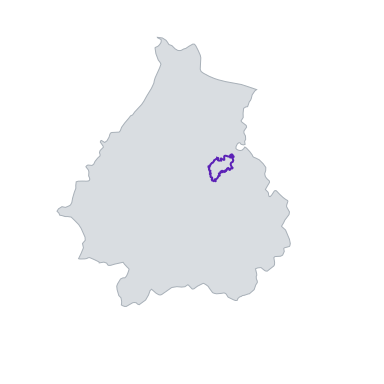 Valozhyn, Minsk, Belarus shown in context, rotated 117°
{"feature_id": "67162791B19881563690612", "entity_name": "Valozhyn", "entity_type": "district", "adm_level": 2, "iso_a3": "BLR", "parent_name": "Belarus", "parent_adm1": "Minsk", "projection": "orthographic", "projection_center": [26.67, 54.05], "detail": "fine", "context": "in_parent", "style": "outline", "palette": "violet", "viewbox_px": 384, "rotation_deg": 117, "n_neighbors": 0, "source": "geoboundaries", "source_scale": "gbopen_adm2", "svg_char_len": 8432}
<svg xmlns="http://www.w3.org/2000/svg" viewBox="0 0 384 384"><g transform="rotate(117 192 192)"><path d="M302.9,262.8L297.5,262.9L291.0,263.4L287.6,266.2L283.5,265.2L280.8,266.8L274.8,274.2L272.5,278.1L270.5,284.0L269.2,288.3L270.2,291.3L271.5,294.0L272.0,297.0L272.7,299.3L271.2,301.1L270.4,303.6L267.6,303.3L264.1,301.2L263.2,297.8L260.5,295.5L258.8,294.4L256.0,294.3L251.6,295.6L245.8,296.7L241.4,297.2L239.0,298.5L235.5,299.8L234.1,298.4L232.0,294.6L230.2,290.8L229.1,289.2L228.1,288.7L226.9,288.9L225.6,290.1L224.6,291.4L220.9,293.0L219.4,294.4L217.7,298.0L216.5,297.8L215.2,297.0L213.7,293.1L211.8,292.2L208.7,292.3L204.8,291.5L201.7,290.4L200.6,290.7L198.8,292.4L196.8,292.7L192.4,291.3L191.5,292.0L189.1,296.4L187.9,296.6L187.2,296.1L187.5,292.3L185.0,291.0L180.7,290.8L177.7,291.4L176.2,291.2L175.4,290.5L171.7,284.1L169.8,283.7L166.3,284.1L161.1,283.3L155.2,281.9L152.0,281.3L150.3,279.9L146.7,279.4L136.9,276.6L132.9,276.1L127.1,275.9L118.1,275.2L112.4,275.4L109.7,276.2L106.7,276.7L96.0,277.2L92.2,277.7L91.1,279.1L89.7,282.0L85.2,286.9L80.8,290.1L80.0,290.4L77.6,288.5L75.5,287.8L73.1,287.5L71.3,288.0L70.2,288.8L70.2,292.8L69.9,293.1L68.2,288.3L68.6,284.1L69.7,281.8L71.1,279.6L70.7,276.4L72.1,272.1L72.3,269.0L71.8,267.6L70.8,266.0L68.2,264.2L67.0,262.8L63.4,260.8L59.8,258.4L59.2,257.0L59.5,256.1L60.2,254.7L63.2,250.6L66.4,246.7L68.4,245.1L78.9,240.4L80.5,238.6L81.0,235.5L81.1,229.3L80.7,223.6L80.1,219.7L78.4,212.2L73.8,196.8L71.4,180.9L73.4,181.9L78.1,182.5L82.0,181.6L83.9,181.5L85.6,181.9L90.7,181.2L91.8,182.7L94.0,184.0L98.5,182.3L102.4,180.2L106.4,180.6L107.0,179.5L108.1,173.9L109.4,172.8L114.1,173.4L115.9,172.5L117.8,169.8L120.7,168.1L123.0,168.1L125.5,166.3L126.7,167.6L127.2,169.9L126.4,171.7L126.7,172.5L128.4,173.4L131.3,173.4L133.2,172.7L133.7,171.6L133.7,169.7L133.2,167.9L132.0,166.4L129.7,165.5L128.1,165.5L127.9,164.5L128.5,162.4L129.9,158.6L131.7,155.1L132.8,153.8L133.0,152.6L132.8,150.5L132.8,146.7L134.5,141.4L136.6,137.4L139.4,136.1L142.8,135.5L145.0,133.6L146.1,131.4L147.1,128.0L148.2,127.3L156.4,127.8L157.6,124.3L158.3,123.4L159.9,122.4L161.0,121.2L160.6,120.2L158.5,119.6L153.6,119.1L152.6,117.9L152.9,116.6L154.2,113.0L155.5,108.5L156.1,105.0L156.2,102.9L156.9,102.3L160.8,101.7L162.2,101.0L165.5,96.1L168.1,95.3L174.8,96.5L177.9,96.4L181.8,96.7L182.1,96.2L183.4,91.4L189.9,83.7L193.3,81.0L195.5,80.4L196.3,80.5L199.9,84.4L200.7,84.6L203.1,82.8L207.1,82.6L209.0,83.9L211.9,88.8L213.3,89.3L217.1,86.5L219.3,85.5L220.7,85.5L228.3,89.0L228.9,90.2L229.0,91.6L228.0,96.2L229.7,98.9L231.6,100.6L235.3,97.4L236.7,96.5L238.2,96.4L240.2,95.2L241.7,93.4L243.1,92.7L245.8,93.0L250.8,92.3L256.7,94.7L257.2,95.5L260.3,98.5L261.4,100.1L262.4,100.5L264.0,102.0L266.2,102.8L267.6,102.4L268.3,102.9L269.0,104.1L269.2,106.1L269.3,112.1L267.4,115.3L267.2,116.4L267.4,117.7L269.2,120.1L271.6,124.0L272.2,126.3L272.3,128.0L269.7,133.2L268.8,134.5L268.3,137.0L268.1,139.6L268.3,140.6L273.5,144.4L277.3,146.3L278.2,147.3L278.3,148.0L276.7,152.5L276.5,153.6L279.6,155.3L281.4,158.0L283.2,162.5L286.3,166.7L297.2,172.5L298.2,173.6L298.6,174.9L298.5,178.0L297.0,183.9L298.9,184.6L303.5,184.0L309.3,184.3L316.4,187.9L316.6,189.7L316.0,191.4L316.6,193.1L317.5,194.5L323.8,198.6L324.5,199.9L324.8,202.1L324.7,203.7L323.1,204.2L321.3,205.1L318.5,207.3L317.5,210.2L313.0,214.4L310.1,216.3L307.7,216.6L302.0,216.2L299.8,214.5L298.9,212.8L296.7,212.2L293.7,212.3L289.7,212.9L289.0,213.5L288.4,215.6L287.0,219.4L285.9,221.5L291.5,228.3L294.2,231.1L295.2,232.8L295.2,234.1L294.1,235.7L294.5,238.7L297.3,242.5L296.5,243.2L296.6,248.2L296.9,253.4L297.7,254.6L299.1,255.6L300.4,257.4L302.7,261.7L302.9,262.8Z" fill="#d9dde1" stroke="#a8b0b8" stroke-width="1"/><path d="M167.9,184.2L168.1,184.0L168.2,183.6L168.3,183.2L168.6,183.0L168.8,182.9L169.2,182.8L169.5,182.7L169.8,182.5L170.0,182.3L170.1,182.1L170.2,181.9L170.2,181.7L170.1,181.3L170.0,181.1L170.0,180.8L170.1,180.6L170.3,180.4L170.5,180.4L170.7,180.2L170.8,180.1L171.0,180.1L171.3,180.1L171.5,180.2L171.9,180.1L172.1,179.9L172.1,179.7L172.4,179.5L172.6,179.3L172.6,179.2L172.5,178.9L172.3,178.6L172.4,178.2L172.4,177.9L172.2,177.9L172.1,178.0L171.9,178.0L171.8,177.9L171.8,177.7L171.8,177.4L171.7,177.3L171.7,177.0L171.7,176.9L171.8,176.6L171.8,176.4L171.8,176.1L171.6,175.9L171.4,176.0L171.4,176.3L171.2,176.7L171.0,176.9L170.8,177.0L170.6,177.2L170.3,177.3L170.2,177.2L170.3,176.9L170.3,176.7L170.3,176.4L170.1,176.4L169.8,176.3L169.4,176.2L169.2,176.2L168.8,176.0L168.7,175.9L168.3,175.7L168.1,175.7L167.8,175.7L167.6,175.7L167.3,175.6L167.2,175.6L166.9,175.6L166.6,175.6L166.4,175.7L166.2,175.7L166.1,175.8L165.9,175.8L165.5,175.7L165.4,175.5L165.3,175.3L165.2,175.1L165.1,174.9L164.9,174.8L164.7,174.8L164.4,175.0L164.3,175.3L164.2,175.3L163.9,175.5L163.8,176.0L163.6,176.3L163.4,176.3L163.1,176.3L162.8,176.1L162.7,175.8L162.6,175.6L162.4,175.4L162.2,175.4L161.7,175.3L161.6,175.2L161.4,175.3L161.3,175.5L161.2,175.6L160.9,175.8L160.7,175.7L160.6,175.4L160.4,175.2L160.2,175.2L159.8,175.1L159.6,175.0L159.5,174.8L159.7,174.6L159.9,174.6L160.2,174.5L160.4,174.3L160.5,174.1L160.5,173.9L160.4,173.7L160.2,173.7L159.8,173.5L159.7,173.5L159.4,173.7L159.2,173.6L159.1,173.4L159.3,173.3L159.3,173.2L159.4,172.8L159.4,172.5L159.3,172.3L159.3,172.0L159.2,171.9L159.0,172.0L158.9,172.2L158.7,172.2L158.6,171.9L158.3,171.8L158.2,171.8L158.0,172.1L157.9,172.1L157.8,171.7L157.9,171.4L157.8,171.2L157.7,171.2L157.4,171.3L157.4,171.5L157.1,171.7L156.9,171.5L156.9,171.3L156.9,171.2L156.6,171.0L156.4,171.0L156.2,171.1L155.9,171.3L155.6,171.4L155.2,171.3L155.0,171.1L154.8,171.1L154.6,170.9L154.4,170.8L154.2,170.7L154.2,170.3L154.3,170.0L154.3,169.8L154.4,169.6L154.6,169.4L154.8,169.2L155.1,169.1L155.2,168.9L155.3,168.7L155.2,168.4L154.8,168.3L154.6,168.2L154.4,168.1L154.2,168.1L153.8,168.0L153.5,168.0L153.2,168.0L152.9,167.8L152.8,167.6L152.8,167.4L152.7,167.1L152.6,166.8L152.4,166.8L152.1,166.8L151.9,167.2L151.8,167.5L151.7,167.8L151.6,168.1L151.3,168.4L151.0,168.9L150.6,169.4L150.4,169.6L150.0,169.9L149.7,170.2L149.2,170.3L148.7,170.4L148.1,170.4L147.5,170.1L147.3,169.9L147.0,169.6L146.6,169.4L146.3,169.4L146.0,169.5L145.9,169.5L145.5,169.6L145.1,169.6L144.9,169.7L144.7,170.0L144.4,170.3L143.7,170.9L143.1,171.4L142.9,171.5L142.5,171.7L142.1,171.6L142.0,171.3L142.0,171.1L141.9,170.9L141.7,170.9L141.5,171.0L141.4,171.1L141.3,171.5L141.2,172.0L141.0,172.4L140.7,172.6L140.5,172.8L140.4,173.1L140.4,173.4L140.6,173.9L141.0,174.1L141.3,174.4L141.9,174.6L142.4,174.6L142.8,174.5L142.9,174.2L142.8,173.8L142.6,173.5L142.8,173.4L143.0,173.3L143.2,173.5L143.4,173.5L143.7,173.2L143.8,173.4L143.9,173.6L143.6,174.1L143.6,174.4L143.5,174.8L143.5,175.1L143.7,175.4L143.9,175.7L144.0,176.2L144.0,176.4L144.1,177.0L144.2,177.5L144.3,178.0L144.4,178.5L144.6,178.9L144.9,179.2L145.1,179.4L145.7,179.4L146.1,179.3L146.5,179.0L147.1,178.7L147.6,178.4L148.0,178.2L148.3,178.0L148.6,177.9L148.9,178.2L149.0,178.6L149.0,179.1L149.0,179.6L149.1,180.1L149.1,180.6L148.9,180.8L148.9,181.0L148.9,181.3L149.1,181.4L149.3,181.4L149.6,181.2L149.9,180.9L150.2,180.8L150.5,180.7L150.8,180.5L150.9,180.8L151.2,181.2L151.5,181.7L151.7,182.0L151.9,182.6L151.9,183.2L151.6,183.4L151.1,183.6L150.8,183.7L150.4,183.7L150.0,183.9L149.9,184.1L149.9,184.4L150.2,184.7L150.2,184.9L150.2,185.2L150.5,185.1L150.8,185.1L151.0,185.1L151.3,185.1L151.5,185.0L151.7,185.5L151.9,185.6L152.0,185.7L152.2,185.8L152.4,185.9L152.6,186.0L152.8,186.1L153.0,186.2L153.3,186.4L153.6,186.6L153.8,186.7L154.0,186.7L154.3,186.6L154.5,186.5L154.7,186.4L154.9,186.4L155.2,186.6L155.4,186.7L155.6,186.7L156.0,186.7L156.5,186.8L156.8,187.1L157.0,187.4L157.1,187.5L157.4,187.5L157.6,187.6L157.9,187.6L158.2,187.7L158.4,187.8L158.6,187.9L158.8,188.0L159.1,188.0L159.3,188.0L159.4,187.9L159.6,187.9L159.8,188.0L160.1,188.0L160.3,187.9L160.5,187.8L160.7,188.0L160.8,188.3L160.9,188.5L161.0,188.5L161.3,188.5L161.6,188.5L161.9,188.5L162.0,188.8L162.2,188.7L162.4,188.5L162.5,188.4L162.4,188.2L162.2,188.1L162.2,187.9L162.2,187.7L162.4,187.6L162.6,187.6L162.8,187.5L163.0,187.4L163.4,187.4L163.7,187.2L163.9,187.1L164.1,187.1L164.4,186.9L164.5,186.7L164.8,186.3L164.9,186.1L164.9,185.9L164.7,185.8L164.7,185.7L164.7,185.4L164.8,185.2L165.0,185.2L165.3,185.1L165.5,185.2L165.6,185.3L165.8,185.3L166.0,185.2L166.2,184.9L166.4,184.7L166.5,184.5L166.6,184.3L166.6,184.1L166.8,183.9L166.9,184.0L167.0,184.1L167.0,184.3L167.4,184.4L167.5,184.4L167.9,184.2L167.9,184.2Z" fill="none" stroke="#5b21b6" stroke-width="2"/></g></svg>